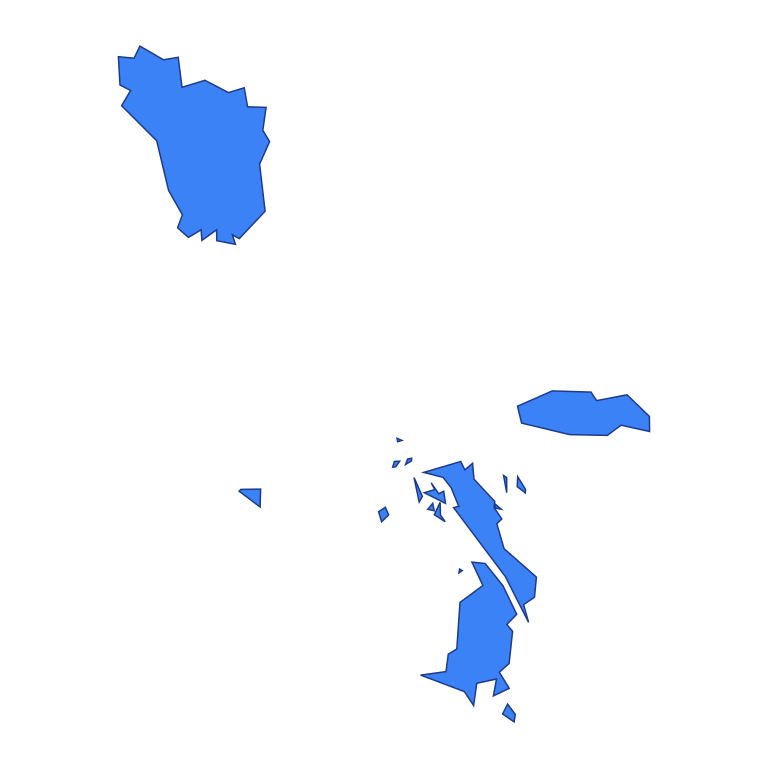 the district of Nias Selatan, Sumatera Utara, Indonesia
{"feature_id": "22746128B70987165350034", "entity_name": "Nias Selatan", "entity_type": "district", "adm_level": 2, "iso_a3": "IDN", "parent_name": "Indonesia", "parent_adm1": "Sumatera Utara", "projection": "albers", "projection_center": [98.287, 0.198], "detail": "medium", "context": "isolated", "style": "filled", "palette": "blue", "viewbox_px": 768, "rotation_deg": 0, "n_neighbors": 0, "source": "geoboundaries", "source_scale": "gbopen_adm2", "svg_char_len": 1937}
<svg xmlns="http://www.w3.org/2000/svg" viewBox="0 0 768 768"><path d="M163.5,59.8L139.9,46.1L134.1,58.2L118.4,56.7L120.0,85.0L130.6,90.5L121.6,105.7L156.7,140.8L168.6,190.5L182.4,214.8L177.6,227.8L188.4,237.4L201.1,229.8L201.9,240.4L216.6,229.8L216.8,240.7L235.4,244.3L232.4,234.8L239.3,238.6L265.1,211.2L259.6,164.1L269.6,141.6L262.8,130.3L266.1,107.4L247.6,106.8L244.2,87.8L228.5,92.6L204.9,80.3L182.0,87.3L178.2,57.3L163.5,59.8ZM485.1,563.5L471.9,562.1L482.9,585.5L460.0,602.4L456.8,649.0L448.3,654.1L446.0,671.6L420.6,675.1L464.4,691.6L473.6,705.5L476.8,683.3L496.5,679.0L493.4,695.9L509.2,688.3L499.3,672.2L509.1,663.5L512.6,631.3L506.8,624.5L516.7,614.3L503.0,585.8L485.1,563.5ZM460.8,461.5L423.7,472.4L443.1,477.4L451.2,487.8L458.8,506.4L453.6,507.6L505.3,576.5L528.6,622.4L523.6,604.6L534.5,597.2L536.4,577.1L504.1,548.7L496.8,523.7L501.8,519.0L494.1,507.6L494.8,501.5L474.0,479.2L472.6,463.3L464.8,469.9L460.8,461.5ZM552.3,390.9L517.5,406.2L521.6,423.1L569.6,434.6L607.3,435.4L621.0,425.2L649.6,431.5L649.4,416.4L627.0,394.8L596.6,400.6L591.0,392.1L552.3,390.9ZM260.6,489.1L240.8,489.4L239.1,491.2L260.1,507.0L260.6,489.1ZM431.2,482.9L434.8,489.6L424.3,492.7L445.5,503.4L443.7,491.2L438.7,493.7L431.2,482.9ZM507.6,704.1L502.6,714.0L514.1,721.9L515.3,714.4L507.6,704.1ZM422.4,496.4L414.0,477.5L419.2,502.0L422.4,496.4ZM440.1,502.4L434.3,514.7L445.2,521.7L440.5,515.2L440.1,502.4ZM381.6,521.8L388.6,515.0L385.4,507.3L378.6,511.7L381.6,521.8ZM506.7,492.6L506.7,477.6L503.6,475.5L506.7,492.6ZM432.7,503.3L427.8,509.3L434.2,510.7L432.7,503.3ZM517.7,476.7L517.2,486.6L525.3,492.9L525.5,489.3L517.7,476.7ZM399.7,461.2L394.4,461.4L392.7,467.2L395.7,466.8L399.7,461.2ZM495.0,508.0L501.2,509.2L495.6,504.4L495.0,508.0ZM405.6,464.4L411.5,460.9L411.6,458.2L407.6,459.1L405.6,464.4ZM397.6,441.7L401.9,440.4L397.0,438.3L397.6,441.7ZM459.0,572.9L462.2,570.6L459.6,569.1L459.0,572.9Z" fill="#3b82f6" stroke="#1e3a8a" stroke-width="1.5"/></svg>